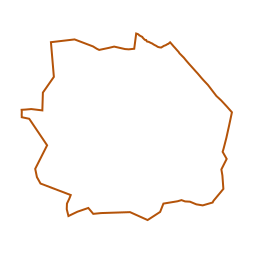 Gagarawa, Jigawa, Nigeria (Equal Earth projection), rotated 265°
{"feature_id": "59680162B30447030328077", "entity_name": "Gagarawa", "entity_type": "district", "adm_level": 2, "iso_a3": "NGA", "parent_name": "Nigeria", "parent_adm1": "Jigawa", "projection": "equal_earth", "projection_center": [9.565, 12.485], "detail": "fine", "context": "isolated", "style": "outline", "palette": "amber", "viewbox_px": 256, "rotation_deg": 265, "n_neighbors": 0, "source": "geoboundaries", "source_scale": "gbopen_adm2", "svg_char_len": 1497}
<svg xmlns="http://www.w3.org/2000/svg" viewBox="0 0 256 256"><g transform="rotate(265 128 128)"><path d="M45.5,61.0L49.0,70.3L51.8,81.5L45.5,85.9L45.6,93.8L44.0,122.7L34.6,139.5L41.6,152.7L49.6,156.7L50.7,171.0L51.5,175.0L49.9,178.4L49.2,183.3L46.0,189.4L44.4,195.7L46.4,205.8L48.0,206.8L59.0,217.7L72.5,217.9L78.6,217.4L88.6,223.6L96.0,220.2L99.3,221.5L109.8,225.2L117.1,227.5L121.2,228.8L134.6,232.9L140.7,228.4L147.5,223.1L152.1,218.9L157.9,215.2L163.9,211.4L167.7,208.4L169.5,207.0L171.8,205.3L176.2,202.2L178.8,200.2L181.9,197.9L186.4,194.5L190.3,191.7L193.1,189.8L197.9,185.8L199.3,185.1L201.0,183.8L202.5,182.7L204.0,181.6L205.4,180.5L206.7,179.6L209.3,177.7L209.7,177.4L208.3,175.5L208.2,174.7L207.6,173.7L207.1,172.4L206.6,170.6L206.1,169.8L205.7,168.9L205.3,168.2L205.4,167.4L205.7,166.1L206.3,164.6L207.3,163.4L208.1,162.1L209.1,160.6L210.0,159.6L210.5,158.6L211.3,157.3L212.0,156.2L212.5,154.5L213.2,154.0L214.0,153.8L214.4,152.4L215.0,151.9L215.9,151.2L216.7,150.5L217.5,150.2L218.0,149.3L218.8,148.2L219.2,147.4L219.8,147.0L220.5,146.3L221.0,145.3L221.4,144.4L206.4,141.1L206.3,135.6L206.9,131.9L210.3,121.3L209.5,116.0L208.3,106.1L209.6,103.9L212.3,100.3L220.9,82.5L220.2,58.7L185.4,58.6L170.7,46.3L153.0,44.2L155.3,33.3L155.3,27.2L155.4,23.6L154.3,23.6L153.7,23.6L152.4,23.5L151.0,23.3L150.0,23.2L149.0,23.2L148.0,23.1L145.8,30.4L117.8,45.9L95.4,32.0L87.0,33.0L80.3,36.0L66.2,65.1L62.8,63.4L58.0,60.6L52.5,59.9L45.5,61.0Z" fill="none" stroke="#b45309" stroke-width="2"/></g></svg>